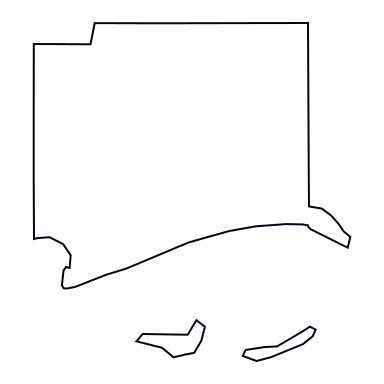 the district of Harrison, Mississippi, United States of America
{"feature_id": "52423323B27952664457255", "entity_name": "Harrison", "entity_type": "district", "adm_level": 2, "iso_a3": "USA", "parent_name": "United States of America", "parent_adm1": "Mississippi", "projection": "robinson", "projection_center": [-89.065, 30.439], "detail": "fine", "context": "isolated", "style": "outline", "palette": "ink", "viewbox_px": 384, "rotation_deg": 0, "n_neighbors": 0, "source": "geoboundaries", "source_scale": "gbopen_adm2", "svg_char_len": 1036}
<svg xmlns="http://www.w3.org/2000/svg" viewBox="0 0 384 384"><path d="M308.0,23.0L247.2,23.1L158.1,23.3L94.7,23.1L90.5,44.2L87.6,44.3L74.6,44.2L33.8,44.0L33.7,112.7L33.7,177.3L34.0,239.0L37.0,238.2L49.5,237.2L63.1,244.1L70.7,255.3L69.6,268.0L65.9,267.1L63.5,270.7L61.9,285.3L63.7,288.3L67.1,288.5L75.5,286.8L90.7,280.8L106.4,274.7L126.5,268.5L163.4,253.0L179.6,246.2L180.2,246.0L188.8,242.4L204.4,238.0L206.8,237.3L229.0,231.1L255.1,226.4L256.1,226.3L262.4,225.8L278.3,224.7L285.6,224.1L302.5,224.4L308.0,225.4L308.6,227.4L310.6,229.2L347.7,247.7L350.3,236.9L343.7,231.4L338.6,223.9L331.3,215.7L321.8,208.6L309.0,206.4L308.8,181.4L308.4,105.5L308.0,23.0ZM142.8,334.0L136.4,341.3L162.1,347.8L173.5,357.3L179.6,355.9L185.7,354.4L194.2,352.9L201.4,340.6L204.9,326.7L196.4,320.2L187.8,334.7L179.8,334.6L142.8,334.0ZM245.6,350.0L242.8,355.9L256.4,361.0L270.7,357.3L278.8,354.0L302.8,344.2L312.8,336.2L315.6,329.6L309.9,326.7L300.6,332.6L278.8,345.4L277.1,346.4L264.2,347.1L245.6,350.0Z" fill="none" stroke="#020617" stroke-width="2"/></svg>